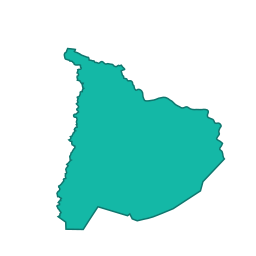 outline of Dom Inocêncio, Piauí, Brazil, rotated 255°
{"feature_id": "56859067B88808375837925", "entity_name": "Dom Inocêncio", "entity_type": "district", "adm_level": 2, "iso_a3": "BRA", "parent_name": "Brazil", "parent_adm1": "Piauí", "projection": "robinson", "projection_center": [-41.762, -8.923], "detail": "fine", "context": "isolated", "style": "filled", "palette": "teal", "viewbox_px": 256, "rotation_deg": 255, "n_neighbors": 0, "source": "geoboundaries", "source_scale": "gbopen_adm2", "svg_char_len": 4375}
<svg xmlns="http://www.w3.org/2000/svg" viewBox="0 0 256 256"><g transform="rotate(255 128 128)"><path d="M60.5,37.5L53.2,43.5L46.3,41.9L41.6,58.5L49.1,66.7L59.7,78.6L43.4,104.9L44.5,107.5L39.1,108.6L36.0,112.9L35.8,120.2L35.6,123.5L35.7,129.2L36.3,134.6L36.8,138.8L38.4,150.8L42.9,164.5L47.2,177.6L48.5,181.7L56.8,186.5L60.9,193.2L73.2,213.1L74.1,212.7L75.7,212.5L77.0,212.6L79.0,212.8L81.1,212.7L83.5,211.1L84.5,211.4L85.1,211.8L86.7,213.7L88.7,215.3L89.4,214.9L91.1,213.7L93.5,211.3L94.1,210.9L94.9,210.9L96.2,212.1L98.0,214.3L98.7,214.7L100.2,214.7L101.0,214.7L102.7,215.6L104.5,217.1L104.9,217.7L105.5,218.3L106.2,218.5L107.0,218.4L107.9,218.1L108.9,217.3L109.4,216.4L109.7,214.5L110.0,213.7L110.7,213.1L113.3,212.7L114.4,212.1L115.8,210.2L117.1,208.5L117.6,208.0L118.9,207.8L120.1,208.1L121.2,208.8L121.7,209.2L122.7,209.7L123.8,209.8L124.9,209.2L125.8,207.7L126.4,205.9L126.6,204.3L127.0,202.7L128.2,198.7L128.5,197.1L129.0,195.7L129.5,194.5L130.4,193.1L132.9,190.8L133.4,189.6L133.1,186.7L133.4,185.3L134.0,184.4L135.3,183.2L136.0,182.3L137.8,180.4L138.8,179.6L142.0,177.7L142.6,177.3L144.2,175.7L146.2,174.1L147.4,172.6L147.9,171.8L148.5,170.0L148.8,165.4L148.4,162.2L148.3,160.3L148.4,159.4L148.9,154.8L149.3,153.0L149.8,151.8L150.5,151.1L151.8,150.8L154.3,150.6L158.3,151.2L159.2,151.0L160.1,150.8L161.0,150.3L161.7,149.7L162.5,148.6L162.7,147.4L162.4,146.4L162.5,145.4L163.7,144.7L164.5,144.5L167.4,144.6L168.7,143.9L169.8,144.0L170.9,144.1L171.8,143.8L172.8,143.0L173.2,141.8L173.4,140.6L174.0,139.8L175.8,139.4L177.2,136.8L179.1,137.1L180.3,136.3L183.0,136.2L183.9,136.1L184.9,136.2L185.1,137.0L185.3,138.0L185.3,139.4L185.7,140.0L187.0,139.4L188.4,138.5L190.4,137.8L190.4,136.9L190.3,136.0L191.0,134.9L190.3,132.8L190.5,131.9L191.3,130.7L192.4,130.1L193.0,129.8L193.5,129.3L194.4,127.2L195.3,125.4L195.5,124.5L195.4,123.4L195.7,122.7L196.6,121.9L198.1,121.0L198.9,120.1L199.0,119.3L198.8,118.4L198.2,117.4L198.1,116.4L199.5,114.4L200.0,113.0L201.6,112.5L202.2,110.9L202.9,109.9L203.6,108.1L205.5,108.2L206.2,108.1L206.8,107.6L206.8,106.8L207.8,105.7L208.4,104.8L208.9,104.1L209.7,103.1L210.3,102.1L211.9,100.7L212.9,99.6L213.8,98.6L215.1,96.6L216.0,96.0L216.9,97.2L217.5,97.5L218.1,96.2L220.4,90.3L218.6,88.9L217.7,88.3L217.0,87.5L216.7,86.3L216.0,85.9L215.4,85.5L214.5,85.3L211.9,85.2L211.1,85.3L210.6,85.7L209.2,87.9L208.5,89.0L207.9,89.0L206.8,91.3L205.9,91.7L205.3,92.0L204.8,92.5L203.4,92.6L202.8,93.3L202.4,93.9L202.1,95.0L201.8,96.2L201.7,97.0L201.0,98.3L200.4,98.2L199.1,97.9L198.1,98.4L197.3,97.9L197.1,97.0L197.4,95.5L197.3,94.5L196.2,94.5L195.4,93.8L194.4,93.1L193.9,93.9L192.7,94.1L191.9,93.8L191.3,93.1L191.2,92.3L189.6,91.8L188.4,92.1L187.3,91.4L186.6,92.6L186.2,93.6L185.3,93.8L184.6,94.1L183.5,94.5L182.8,94.7L183.1,95.6L182.8,96.3L182.1,95.6L181.3,95.0L180.2,94.8L179.5,95.1L178.4,94.7L177.8,95.5L177.4,94.8L176.5,93.8L175.8,93.4L175.0,93.3L175.2,92.2L175.1,91.3L174.2,90.8L173.3,90.8L172.3,90.0L171.2,89.1L171.0,88.2L171.0,87.1L170.4,86.8L169.3,87.5L168.6,86.9L167.5,86.2L166.6,86.3L165.7,86.3L164.7,84.4L162.5,85.6L161.1,85.8L160.4,84.9L159.8,84.4L159.7,83.6L158.9,83.2L157.8,83.8L157.0,84.3L156.2,84.3L155.7,83.0L154.8,81.3L155.1,80.4L155.0,79.6L154.5,78.8L153.5,78.6L152.7,78.8L152.2,79.4L151.5,81.0L149.2,81.0L148.6,80.5L147.2,79.7L145.7,79.7L144.9,79.8L144.6,78.9L143.8,79.2L142.0,79.1L142.1,77.8L141.3,76.5L140.3,75.7L138.9,76.6L138.8,75.6L137.4,74.7L137.4,73.9L136.1,73.0L135.5,72.4L134.6,71.6L134.6,70.1L133.4,70.4L132.6,70.0L131.9,68.9L131.8,67.8L130.2,68.8L129.5,70.2L127.7,69.7L126.3,69.7L125.5,70.6L124.8,71.0L124.2,72.0L122.8,71.6L122.2,71.1L121.6,69.9L120.9,69.3L119.6,68.0L119.0,67.5L118.7,66.6L117.7,66.1L117.0,65.8L116.1,64.8L115.4,64.3L113.7,64.2L112.4,63.9L111.7,64.8L111.4,63.8L110.1,62.1L109.3,60.8L108.7,59.4L107.0,60.4L105.9,59.1L105.1,57.9L104.1,57.2L100.7,57.2L100.0,56.5L100.0,55.6L98.9,55.5L97.9,55.0L96.3,55.0L95.4,54.8L95.5,53.6L95.4,52.7L94.9,52.3L93.8,52.3L93.1,52.0L92.7,51.1L92.1,50.3L91.3,49.4L90.2,47.5L89.8,46.0L88.9,45.8L87.4,46.4L86.4,46.3L85.2,45.2L84.5,43.7L83.3,42.5L80.8,42.4L79.9,42.3L79.6,43.5L78.7,44.0L77.3,45.4L76.2,44.1L75.3,44.2L75.3,42.9L74.0,41.3L73.6,41.8L72.6,42.3L71.6,42.0L71.5,40.2L71.0,39.1L69.8,39.4L68.7,39.5L67.8,39.8L67.0,40.5L65.8,40.4L65.1,41.1L64.5,41.2L63.5,41.4L63.0,40.3L62.0,39.8L60.7,39.4L60.8,38.4L60.5,37.5Z" fill="#14b8a6" stroke="#0f766e" stroke-width="1.5"/></g></svg>